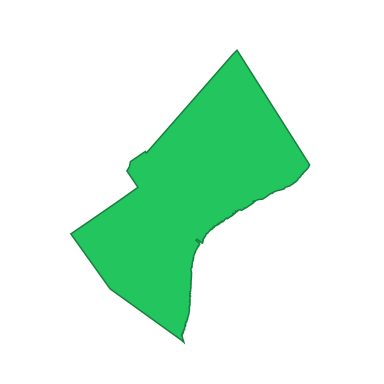 Ensenada, Buenos Aires, Argentina, rotated 103°
{"feature_id": "61730980B68751377972541", "entity_name": "Ensenada", "entity_type": "district", "adm_level": 2, "iso_a3": "ARG", "parent_name": "Argentina", "parent_adm1": "Buenos Aires", "projection": "natural_earth1", "projection_center": [-57.944, -34.842], "detail": "fine", "context": "isolated", "style": "filled", "palette": "green", "viewbox_px": 384, "rotation_deg": 103, "n_neighbors": 0, "source": "geoboundaries", "source_scale": "gbopen_adm2", "svg_char_len": 5888}
<svg xmlns="http://www.w3.org/2000/svg" viewBox="0 0 384 384"><g transform="rotate(103 192 192)"><path d="M43.7,180.0L49.0,183.3L131.7,227.7L164.2,245.2L163.0,246.6L176.3,258.9L180.0,258.6L181.0,258.7L182.5,259.0L186.1,260.2L199.6,245.7L219.6,263.5L260.1,300.6L304.8,250.0L338.6,169.3L340.3,166.1L333.6,170.0L333.4,169.8L333.3,169.4L332.6,169.5L332.3,169.6L332.2,169.4L332.2,169.2L331.5,168.9L331.3,168.9L331.2,169.2L331.0,168.9L330.9,168.9L330.8,169.0L330.4,169.2L330.3,169.3L329.9,169.2L329.8,168.8L329.6,168.8L329.3,168.8L329.1,169.0L328.9,169.1L328.2,169.0L328.1,168.9L327.9,168.6L327.7,168.6L327.6,168.3L327.4,168.3L326.7,168.5L326.4,168.8L325.3,168.7L324.9,168.4L324.7,168.3L324.4,168.5L324.0,168.6L324.1,168.3L324.0,168.2L323.5,168.2L323.3,168.4L322.9,168.3L322.5,168.5L322.1,168.5L321.9,168.6L322.0,168.8L321.7,168.8L321.4,168.8L321.2,168.5L321.0,168.4L320.2,168.6L320.1,168.2L319.9,168.1L319.8,168.3L319.7,168.1L319.2,168.2L318.8,168.0L318.2,168.0L317.9,167.9L317.6,167.8L317.4,168.0L317.2,167.8L316.9,168.1L316.4,167.9L316.2,168.0L316.1,167.9L315.5,167.9L315.4,167.8L314.9,168.1L314.7,168.1L314.3,167.8L313.2,167.7L312.7,167.7L312.4,167.8L312.2,167.7L311.9,167.8L311.6,167.7L310.4,167.7L309.7,167.9L309.3,167.8L308.3,167.8L307.0,168.1L306.6,168.4L306.3,168.3L305.7,168.4L305.5,168.5L305.2,168.9L304.9,169.0L304.8,168.6L304.6,168.6L304.1,168.6L303.5,168.6L303.0,168.7L302.5,168.5L302.1,168.9L301.8,168.8L301.6,168.9L301.0,168.9L300.7,169.1L300.1,169.1L299.8,169.3L299.6,169.6L299.3,169.6L299.1,169.3L298.9,169.2L298.2,169.8L297.3,169.9L297.3,169.6L297.2,169.6L296.4,170.1L295.3,170.3L295.2,170.2L294.7,170.2L294.3,170.1L294.3,170.3L294.1,170.4L293.9,170.3L293.4,170.8L293.1,170.5L292.5,171.1L292.2,171.1L292.0,171.3L291.5,171.2L291.4,170.9L291.2,170.8L290.9,171.5L289.9,171.5L289.8,171.2L288.9,171.1L287.9,171.3L287.5,171.5L287.0,171.4L286.4,171.5L286.1,171.4L285.6,171.6L285.3,171.5L284.9,171.8L283.9,171.9L283.6,171.9L282.0,172.2L281.7,172.7L281.4,172.7L281.1,172.5L280.9,172.6L280.7,172.5L280.4,172.7L279.9,172.6L279.5,172.7L279.2,173.0L278.9,173.1L278.6,173.1L278.1,172.9L277.5,173.0L277.0,173.3L276.5,173.2L275.8,173.4L275.3,173.3L275.0,173.5L274.6,173.5L274.0,173.7L273.7,173.6L272.8,173.9L272.1,174.0L271.6,174.2L270.7,174.2L270.3,174.6L269.3,174.8L268.7,175.2L268.3,175.6L267.9,175.6L267.6,175.8L266.0,175.5L265.7,175.3L265.5,175.0L265.4,175.0L265.1,175.4L264.9,175.5L264.2,175.3L263.7,175.3L263.3,175.6L263.0,175.5L261.9,175.6L261.5,175.7L261.0,175.7L260.6,175.9L259.3,175.7L258.5,175.4L258.3,175.6L257.2,175.6L257.1,175.8L256.8,175.9L256.2,175.8L256.2,175.7L256.3,175.6L256.2,175.5L255.8,175.6L255.7,175.7L255.7,175.8L255.4,175.9L254.9,175.8L254.6,175.9L254.0,176.0L253.3,175.9L252.9,175.7L252.1,175.7L251.8,175.6L251.2,175.5L250.9,175.6L250.6,175.5L250.3,175.6L250.1,175.6L250.0,175.2L248.1,175.1L246.7,174.7L246.2,174.4L245.6,174.4L243.8,173.7L243.4,173.9L243.2,173.8L243.2,173.7L243.4,173.4L243.2,173.2L242.7,173.4L242.2,173.2L241.6,173.2L241.2,172.8L241.0,172.7L240.2,173.3L239.8,173.8L238.2,177.3L237.8,177.1L237.7,176.6L237.1,176.7L236.8,176.5L239.6,170.5L239.5,170.4L239.1,170.2L238.9,170.2L238.5,170.2L238.4,170.3L237.8,170.2L237.1,170.3L236.8,170.6L236.6,170.7L236.4,170.7L236.5,170.5L236.5,170.3L236.3,170.2L235.9,170.5L235.5,170.5L235.1,170.2L234.7,170.3L234.5,170.2L234.3,169.9L232.8,169.7L232.7,169.3L232.6,169.2L232.0,169.0L231.4,169.0L231.0,168.9L230.5,168.9L229.8,168.5L229.6,168.7L229.5,168.4L229.3,168.1L229.0,168.1L228.7,168.0L228.6,167.6L228.3,167.7L227.9,167.2L227.2,167.0L227.0,166.8L226.4,166.3L225.8,166.0L225.3,165.8L225.2,165.7L224.6,165.4L224.3,165.5L224.3,164.9L224.2,164.6L223.7,164.3L223.7,164.2L223.5,163.9L223.1,163.6L222.6,163.4L222.4,163.4L222.2,163.6L222.1,163.2L221.5,162.6L221.0,162.3L220.7,162.5L220.7,163.0L220.6,163.5L220.5,163.1L220.3,162.7L220.1,162.5L220.1,162.1L219.6,161.7L219.6,161.2L218.9,160.5L218.5,160.4L218.6,160.2L218.5,159.9L218.2,159.5L217.8,159.4L217.5,159.5L217.3,159.3L217.2,159.2L217.3,159.0L217.6,158.8L217.5,158.7L216.7,158.1L216.4,158.1L216.2,158.2L216.3,157.8L216.1,157.7L215.9,157.7L215.9,157.9L215.7,157.8L215.4,157.2L214.9,156.5L214.5,156.2L214.2,156.3L214.1,156.7L213.7,156.3L213.6,156.1L214.1,155.4L213.7,155.0L213.3,154.8L213.1,154.6L212.5,154.2L211.8,154.1L211.7,153.9L210.2,153.0L210.0,152.8L209.7,152.8L209.6,152.5L209.6,152.3L209.7,152.2L210.0,152.3L210.2,152.0L210.1,151.6L208.3,149.8L207.5,149.2L207.1,148.6L206.9,148.3L206.4,148.0L206.2,148.0L206.1,147.6L204.7,146.5L204.3,146.6L204.3,146.9L204.0,147.1L203.9,147.3L203.6,147.3L203.5,147.2L204.1,146.1L202.5,144.8L201.8,144.9L201.5,144.8L201.3,144.9L201.1,145.3L200.8,145.3L200.8,145.1L201.3,144.4L201.3,144.0L201.1,143.8L200.5,143.5L200.6,143.4L200.5,143.2L199.7,143.2L199.3,143.0L198.8,142.2L198.9,141.8L198.7,141.2L198.3,141.2L198.2,141.4L198.3,140.7L198.7,139.8L198.7,139.5L197.9,138.8L197.3,138.0L196.9,137.6L196.7,137.5L195.9,137.4L196.0,137.0L195.9,136.8L195.2,135.7L194.9,135.5L193.3,133.8L192.9,133.7L192.1,132.8L191.5,132.4L191.4,132.2L191.1,132.0L190.9,131.5L190.0,131.0L189.8,130.6L189.6,130.5L189.3,130.1L188.9,129.8L188.1,129.4L188.0,129.5L188.0,130.1L187.8,130.3L187.6,130.3L187.2,130.1L186.9,129.6L187.1,128.8L186.9,128.4L186.2,128.3L185.2,126.7L184.5,125.7L183.9,124.2L183.5,122.6L183.1,121.6L179.2,117.9L177.4,116.5L175.2,114.0L175.1,113.8L175.1,113.2L174.8,112.9L174.3,112.9L174.1,112.8L173.6,112.3L173.1,111.5L172.2,110.5L170.4,106.8L169.8,105.8L168.6,103.4L168.1,102.9L167.8,102.7L167.4,102.6L166.1,101.7L165.8,101.3L165.6,100.9L165.6,100.6L164.6,99.1L164.4,98.5L163.6,97.7L163.3,97.5L161.0,95.1L159.0,93.7L158.9,93.6L159.0,93.4L156.9,92.0L156.6,91.8L155.9,91.8L155.1,91.4L152.5,89.7L150.2,89.0L150.0,88.8L149.9,88.4L149.6,88.1L148.8,88.2L148.0,87.5L147.1,87.2L146.9,86.8L145.6,86.2L144.8,85.5L144.0,85.2L142.5,84.3L141.0,83.8L140.0,83.8L139.2,83.4L43.7,180.0Z" fill="#22c55e" stroke="#15803d" stroke-width="1.5"/></g></svg>